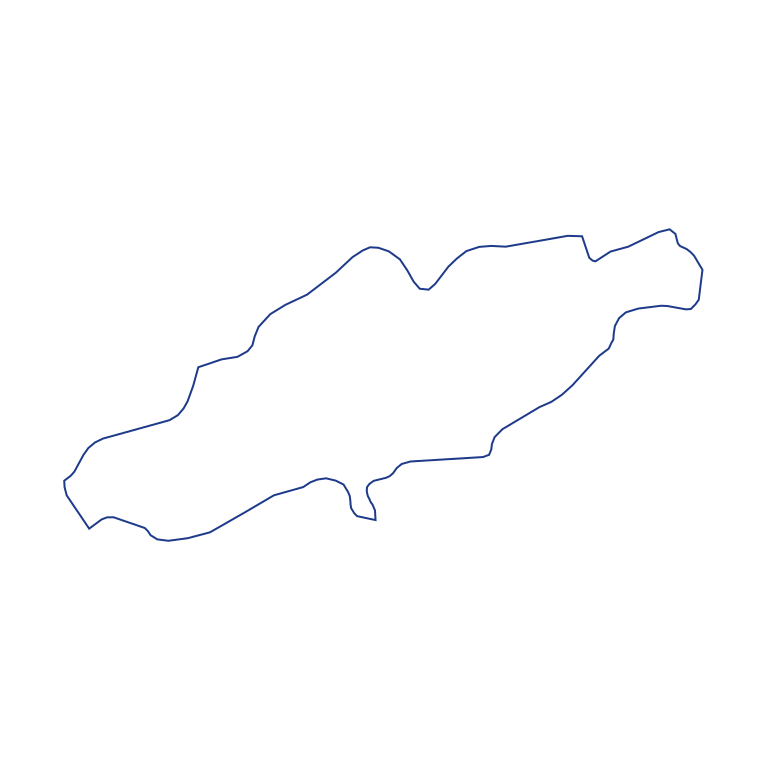 an SVG outline of Blida, rotated 175°
{"feature_id": "DZA-2209", "entity_name": "Blida", "entity_type": "Province", "adm_level": 1, "iso_a3": "DZA", "parent_name": "Algeria", "parent_adm1": "", "projection": "robinson", "projection_center": [2.981, 36.533], "detail": "fine", "context": "isolated", "style": "outline", "palette": "blue", "viewbox_px": 768, "rotation_deg": 175, "n_neighbors": 0, "source": "natural_earth", "source_scale": "10m", "svg_char_len": 1700}
<svg xmlns="http://www.w3.org/2000/svg" viewBox="0 0 768 768"><g transform="rotate(175 384 384)"><path d="M690.3,265.6L709.8,300.7L711.2,309.1L711.0,315.5L703.9,320.0L700.0,323.8L689.5,339.7L684.1,346.0L677.1,350.9L668.8,354.1L600.7,366.7L592.0,371.0L585.8,377.1L581.2,383.8L574.3,398.7L567.5,416.9L543.6,422.7L527.7,423.8L517.0,428.6L511.7,434.1L508.6,442.8L504.0,451.8L491.2,463.5L475.2,471.5L452.9,479.7L422.1,499.2L404.2,513.2L393.5,518.9L386.0,521.4L377.7,520.2L367.6,515.7L357.3,506.8L350.8,495.0L345.5,483.3L340.1,475.8L331.3,474.1L324.2,479.3L309.7,495.2L300.4,502.7L290.4,509.2L277.2,512.3L265.1,512.2L250.8,510.2L188.1,515.6L173.8,513.9L168.5,491.8L165.4,488.7L162.6,487.8L146.8,496.2L128.7,499.5L97.3,511.4L86.0,513.2L80.6,508.1L79.0,498.4L77.0,495.6L70.8,492.1L67.1,488.7L63.9,484.7L56.8,470.0L63.1,440.5L66.8,436.2L71.7,432.0L76.5,432.0L95.0,437.0L101.1,437.8L124.0,437.0L136.8,434.3L144.0,429.2L148.9,421.7L150.7,414.4L151.7,408.2L153.4,405.9L157.0,399.7L167.1,393.4L196.3,366.4L207.7,357.8L218.9,351.6L231.0,347.5L269.9,328.7L278.4,321.5L281.7,314.8L282.8,309.5L285.5,304.3L291.7,302.6L364.3,304.5L373.3,302.8L378.4,299.4L382.8,294.3L386.4,291.7L390.1,290.4L402.8,288.4L407.3,285.7L409.9,282.7L410.5,279.1L410.3,276.6L409.9,274.0L409.3,272.3L408.6,270.8L408.0,268.7L407.3,267.0L406.0,265.0L404.0,258.8L404.3,249.2L422.3,254.7L424.8,257.7L427.5,263.0L427.8,266.3L427.7,270.7L427.9,275.5L429.3,279.7L433.1,287.4L440.6,292.0L450.0,295.1L458.7,294.6L465.9,292.5L473.4,288.4L503.4,282.7L533.7,268.3L570.3,251.4L593.0,247.5L612.5,246.6L623.4,249.0L629.7,253.7L632.0,258.0L634.9,261.4L665.0,274.8L671.5,275.3L677.1,273.7L690.3,265.6Z" fill="none" stroke="#1e3a8a" stroke-width="2"/></g></svg>